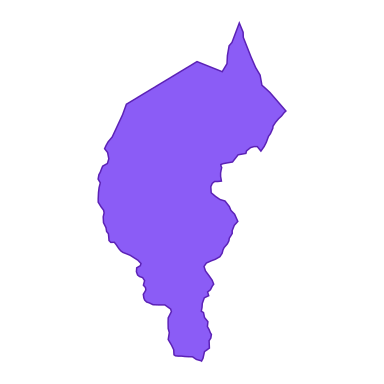 outline of Parekklisia, Limassol, Cyprus
{"feature_id": "46923920B53591306879990", "entity_name": "Parekklisia", "entity_type": "district", "adm_level": 2, "iso_a3": "CYP", "parent_name": "Cyprus", "parent_adm1": "Limassol", "projection": "albers", "projection_center": [33.161, 34.755], "detail": "fine", "context": "isolated", "style": "filled", "palette": "violet", "viewbox_px": 384, "rotation_deg": 0, "n_neighbors": 0, "source": "geoboundaries", "source_scale": "gbopen_adm2", "svg_char_len": 2186}
<svg xmlns="http://www.w3.org/2000/svg" viewBox="0 0 384 384"><path d="M239.3,23.0L232.0,42.4L229.1,45.8L227.4,55.6L227.0,63.7L222.2,71.7L197.0,61.6L126.4,104.2L122.6,114.7L112.2,137.0L108.2,141.7L106.1,145.4L104.6,148.7L107.6,152.5L108.8,158.8L107.4,163.5L102.7,166.1L101.7,168.4L100.3,172.1L98.9,174.7L98.1,179.1L100.3,182.8L99.1,187.5L98.5,192.4L98.2,198.7L98.2,202.2L101.1,206.9L103.6,210.2L104.1,212.9L103.2,216.8L103.5,222.7L106.0,227.7L106.6,231.5L108.4,233.7L108.8,237.7L109.0,240.5L110.8,242.4L114.3,242.3L116.0,244.4L119.0,248.8L120.8,250.9L122.9,252.4L126.5,253.8L130.2,255.3L133.8,257.6L137.9,260.2L141.0,263.5L140.3,265.7L136.7,267.8L136.4,271.7L137.6,275.0L139.5,276.5L142.6,277.6L144.6,280.6L143.4,285.2L145.5,287.6L145.8,289.9L145.2,291.2L143.3,294.3L143.8,297.9L144.7,300.1L146.6,302.0L149.3,302.9L153.0,304.7L158.5,304.9L164.8,304.9L170.6,309.0L171.4,311.6L168.2,317.9L168.1,322.3L168.2,328.6L169.3,332.6L168.2,339.5L171.5,345.1L173.7,349.7L174.0,354.8L175.4,355.8L178.1,356.1L181.5,356.1L184.6,356.5L188.2,356.7L192.5,356.8L196.3,359.4L201.5,360.9L201.6,361.0L203.0,358.3L204.5,351.6L209.4,348.1L209.1,340.7L210.8,338.1L211.4,334.4L210.4,332.9L209.1,329.6L207.4,326.6L207.9,321.7L204.5,317.5L203.5,312.6L201.3,311.2L202.0,307.6L202.3,303.4L204.3,297.8L208.7,295.7L207.6,292.0L210.4,289.8L212.4,285.9L213.7,284.2L212.2,280.3L209.3,276.1L205.5,271.0L204.0,266.5L206.4,263.0L211.3,260.8L215.3,259.3L219.9,256.7L222.1,253.3L223.0,249.9L224.1,247.6L227.4,243.8L228.9,240.8L229.3,238.2L232.2,233.5L232.2,230.6L234.3,225.3L237.8,221.4L234.6,214.2L230.9,210.4L229.3,206.5L225.0,201.0L220.0,199.5L215.6,196.5L211.2,192.8L210.8,186.7L212.3,183.3L214.6,181.5L217.9,181.5L221.4,181.1L220.6,176.4L220.6,172.9L221.2,169.7L221.7,167.5L221.1,166.4L220.8,164.5L223.0,163.7L226.6,163.0L232.5,162.0L234.2,159.8L238.1,154.8L245.9,153.4L246.5,150.9L250.6,147.6L254.0,146.6L257.3,146.6L260.9,151.1L264.1,146.6L266.3,142.3L268.5,136.3L270.4,133.7L272.8,128.3L273.0,126.2L275.5,122.4L278.6,118.7L281.6,115.9L284.1,112.7L285.9,111.0L270.0,92.6L266.5,89.3L261.9,85.2L260.1,75.1L255.6,67.5L250.9,56.7L243.3,37.4L243.1,32.2L239.3,23.0Z" fill="#8b5cf6" stroke="#5b21b6" stroke-width="1.5"/></svg>